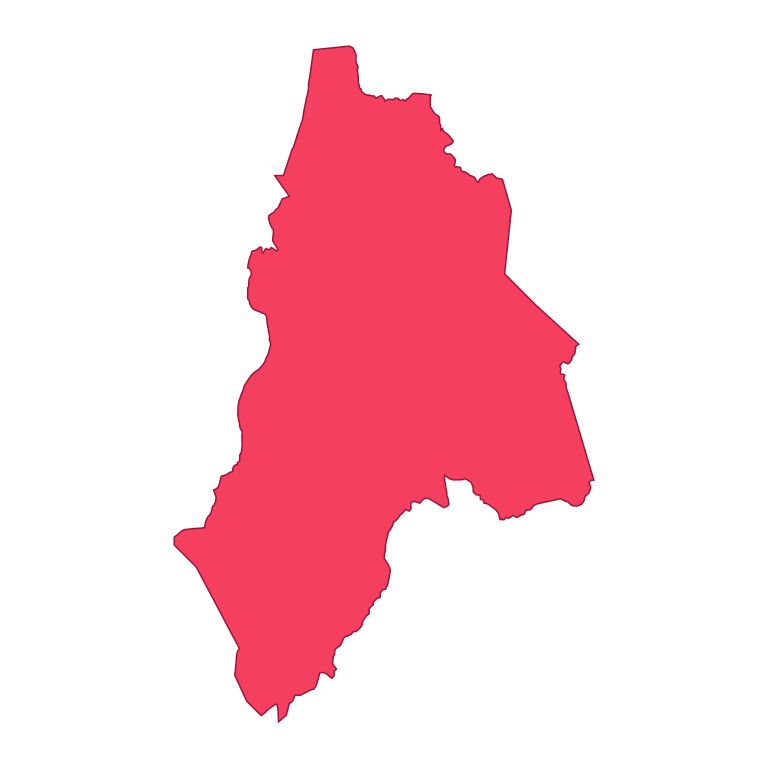 the district of San Juan Petlapa, Oaxaca, Mexico
{"feature_id": "50627088B64815055084686", "entity_name": "San Juan Petlapa", "entity_type": "district", "adm_level": 2, "iso_a3": "MEX", "parent_name": "Mexico", "parent_adm1": "Oaxaca", "projection": "equal_earth", "projection_center": [-96.046, 17.489], "detail": "fine", "context": "isolated", "style": "filled", "palette": "rose", "viewbox_px": 768, "rotation_deg": 0, "n_neighbors": 0, "source": "geoboundaries", "source_scale": "gbopen_adm2", "svg_char_len": 6078}
<svg xmlns="http://www.w3.org/2000/svg" viewBox="0 0 768 768"><path d="M278.5,721.9L286.3,715.2L289.4,703.3L291.3,702.4L293.0,700.3L293.6,698.6L295.1,695.3L300.5,695.2L308.5,691.0L312.4,689.3L313.8,689.1L315.8,686.3L316.9,683.4L319.9,672.5L323.2,672.6L326.5,673.8L330.2,677.1L331.8,678.3L333.3,676.9L334.2,675.4L334.1,673.8L334.5,670.9L336.5,669.0L333.9,665.8L332.6,663.7L332.9,661.3L333.2,656.5L334.4,654.5L334.8,652.8L334.7,650.9L335.0,649.5L337.7,647.2L340.1,645.7L342.2,641.7L343.4,638.4L345.1,636.7L347.3,636.1L351.5,634.1L352.6,632.3L354.6,631.5L356.6,631.1L357.9,630.1L360.2,627.7L361.7,625.9L362.7,621.8L364.2,618.9L366.5,615.9L369.4,613.4L369.0,611.1L369.0,609.3L370.5,607.1L372.9,605.2L373.4,603.9L373.4,602.3L375.2,600.1L377.0,598.3L380.0,597.6L380.3,596.4L380.0,593.8L382.3,589.9L385.6,589.1L387.7,584.5L389.0,578.2L390.3,570.6L389.7,567.8L387.7,563.6L384.3,558.7L384.5,554.5L385.4,549.5L385.5,545.1L386.4,540.5L387.7,535.7L388.2,532.4L390.1,529.8L391.8,527.0L393.7,522.0L396.9,519.6L400.1,515.2L403.0,512.7L405.0,510.0L406.9,509.9L409.3,511.1L411.1,508.7L410.9,507.0L410.8,503.0L412.7,501.5L413.9,501.7L415.7,501.6L418.1,502.5L419.5,503.3L420.8,502.1L421.8,500.7L424.4,498.6L426.6,498.4L428.6,498.5L443.9,507.6L446.5,506.6L448.7,504.9L448.7,502.7L448.4,499.8L446.8,495.6L446.8,492.2L445.7,487.5L445.3,483.7L444.6,480.2L444.6,476.7L444.7,475.3L449.5,478.7L453.5,479.9L462.3,479.7L464.9,478.7L467.4,479.9L471.0,482.3L472.8,486.2L473.2,488.3L473.2,491.8L476.1,494.7L480.1,495.3L480.4,499.4L483.1,499.9L484.2,503.3L486.7,503.5L489.1,504.8L495.7,509.7L497.5,512.0L498.9,514.1L499.1,516.2L499.8,519.1L500.5,519.7L501.7,518.8L502.5,519.1L503.0,519.8L503.8,519.8L506.0,517.6L508.6,518.2L510.2,517.5L512.9,515.6L514.3,515.8L515.3,516.9L516.6,517.3L518.6,516.8L520.8,515.0L522.4,514.9L524.6,513.9L525.5,510.5L528.2,509.9L530.0,509.9L531.7,508.4L533.0,506.5L534.3,505.3L536.7,504.0L560.2,498.8L563.1,500.0L565.5,501.4L566.9,501.6L568.2,502.1L570.8,504.8L572.2,505.6L576.8,506.1L578.4,505.6L581.4,504.3L583.7,501.5L584.8,497.7L585.5,496.0L588.6,493.2L589.5,491.5L590.6,488.2L590.7,486.6L589.9,485.3L589.2,483.5L589.3,482.3L590.6,480.5L591.4,480.2L593.8,480.2L567.7,391.9L566.8,389.8L566.3,387.9L566.1,384.0L565.8,382.4L564.0,380.1L563.7,378.4L564.5,376.2L564.7,375.0L563.2,374.3L561.5,374.2L560.5,373.8L560.2,372.8L560.7,370.0L560.8,368.3L559.7,366.4L561.2,363.7L562.7,362.1L564.0,361.9L565.8,363.0L568.0,363.9L569.3,362.8L571.3,360.5L572.5,356.2L573.9,354.9L574.9,353.0L575.3,351.5L575.0,350.2L575.9,348.1L575.5,346.5L577.4,345.2L578.5,344.7L578.8,344.3L535.5,304.8L504.6,273.8L511.3,210.2L502.4,179.2L496.7,178.1L492.1,173.7L490.9,174.5L488.8,174.3L483.7,176.4L479.6,179.2L478.4,182.3L477.0,181.9L476.0,179.5L474.3,177.3L471.7,175.9L470.0,175.8L468.9,174.4L464.6,171.7L463.5,171.6L462.2,171.7L461.2,170.1L460.5,167.5L458.7,167.0L455.0,166.8L454.4,165.4L455.3,161.7L455.4,159.7L454.1,157.6L451.1,154.6L450.0,153.9L448.0,154.1L445.5,153.5L443.6,151.1L444.2,148.7L445.3,146.9L446.8,145.9L450.5,144.4L452.3,143.1L453.3,141.0L449.4,136.1L447.9,134.6L446.2,133.2L444.5,132.2L443.5,131.1L442.8,130.0L442.6,128.5L440.7,130.1L440.7,125.2L439.7,123.8L439.5,119.6L439.5,118.0L439.0,116.7L437.7,115.4L434.8,113.9L430.0,106.3L430.3,104.2L430.4,100.1L430.2,96.8L431.3,95.3L430.3,94.6L428.9,94.7L423.2,93.9L414.3,93.3L412.5,93.9L411.3,95.1L408.4,98.3L406.8,99.0L405.5,101.0L403.0,99.4L401.1,100.6L399.4,100.0L398.5,98.5L397.0,98.4L395.2,98.0L393.4,99.8L389.9,99.2L387.8,99.4L384.9,101.0L383.9,98.6L382.7,97.3L381.9,95.7L380.2,95.9L376.0,98.3L374.1,95.9L372.7,96.0L370.1,95.3L365.3,94.6L362.8,92.5L361.4,91.1L361.4,89.5L360.6,88.6L359.3,87.7L359.2,85.7L358.4,81.9L358.1,75.5L357.8,73.0L357.2,70.9L358.1,67.1L356.1,62.5L355.9,60.3L355.9,57.3L356.1,55.7L355.5,53.3L354.1,50.1L352.8,47.7L351.6,47.3L349.5,46.1L313.5,49.8L309.9,76.3L308.6,83.1L308.5,84.9L308.6,86.8L308.2,90.5L307.2,95.6L306.6,97.1L306.0,100.7L304.1,109.6L303.0,116.8L301.9,122.2L301.1,123.5L300.5,125.3L300.1,127.0L299.4,128.4L299.1,129.9L298.4,131.5L298.1,133.0L297.4,134.5L296.8,136.4L296.5,138.2L295.3,141.2L295.0,143.1L294.3,144.4L293.9,146.2L293.2,147.6L292.2,149.1L283.4,175.5L274.7,175.6L289.4,196.4L282.2,198.9L278.3,207.6L275.7,209.8L274.4,211.6L273.3,212.7L272.0,213.3L268.8,215.7L268.5,218.2L269.7,222.8L271.0,226.0L271.9,228.0L273.3,229.2L273.4,233.8L272.8,237.3L272.8,241.0L274.7,244.2L276.2,246.2L277.5,249.3L278.0,250.1L276.3,251.1L273.5,248.9L271.3,247.5L270.2,249.2L267.6,249.5L266.3,248.5L265.2,249.4L263.9,251.5L263.2,253.0L261.7,251.7L261.8,249.9L261.6,247.4L259.7,247.2L256.9,249.5L254.8,250.7L253.0,250.8L251.8,251.7L251.3,254.0L249.1,259.6L248.8,261.8L248.0,264.9L247.7,267.9L249.1,268.2L250.6,270.1L251.3,272.8L251.3,274.4L249.9,277.3L249.1,279.4L248.8,281.6L248.7,286.2L247.7,287.9L247.8,292.7L247.6,296.8L247.9,299.0L249.2,300.9L249.9,304.1L251.4,306.8L252.7,308.5L253.8,309.5L256.2,310.5L260.5,312.1L262.2,313.0L264.6,313.9L266.2,315.7L266.8,318.9L267.3,323.9L267.7,326.5L268.3,328.5L268.4,330.9L268.9,333.2L269.7,337.3L269.3,339.7L270.6,343.4L270.4,345.3L270.1,346.8L268.3,353.7L267.2,356.2L266.1,358.2L265.3,360.7L264.1,362.9L262.5,365.2L258.7,369.5L255.1,371.7L250.8,375.9L246.7,381.9L244.3,385.9L243.3,389.5L242.3,392.3L241.1,394.6L240.3,397.4L239.2,400.1L238.3,404.2L238.0,408.0L237.8,414.6L238.5,419.3L239.3,422.5L239.9,426.9L240.6,429.2L242.3,431.3L241.9,435.9L242.2,444.4L241.9,448.0L241.5,451.7L239.7,455.3L239.7,461.0L237.4,462.6L237.3,464.3L235.0,465.2L233.5,466.5L232.8,468.8L232.9,471.1L231.7,471.9L229.7,472.3L226.4,474.7L223.1,475.7L221.3,476.1L219.2,484.5L218.0,487.4L215.6,489.2L213.6,489.8L216.1,497.2L215.6,501.4L214.2,504.8L212.4,506.8L211.3,512.0L210.0,514.6L207.4,517.5L205.4,522.4L204.9,525.6L204.7,527.7L197.5,528.4L192.7,528.6L188.8,529.2L184.2,529.6L181.1,531.4L177.4,534.8L174.2,537.1L174.3,545.0L196.3,567.1L239.4,648.5L237.4,651.6L236.8,654.5L236.4,657.1L236.3,660.9L234.8,675.3L246.8,701.3L261.2,715.6L264.6,713.0L267.2,710.4L271.0,707.4L274.0,705.2L276.4,704.0L277.4,705.6L278.1,710.7L278.4,720.2L278.5,721.9Z" fill="#f43f5e" stroke="#9f1239" stroke-width="1.5"/></svg>